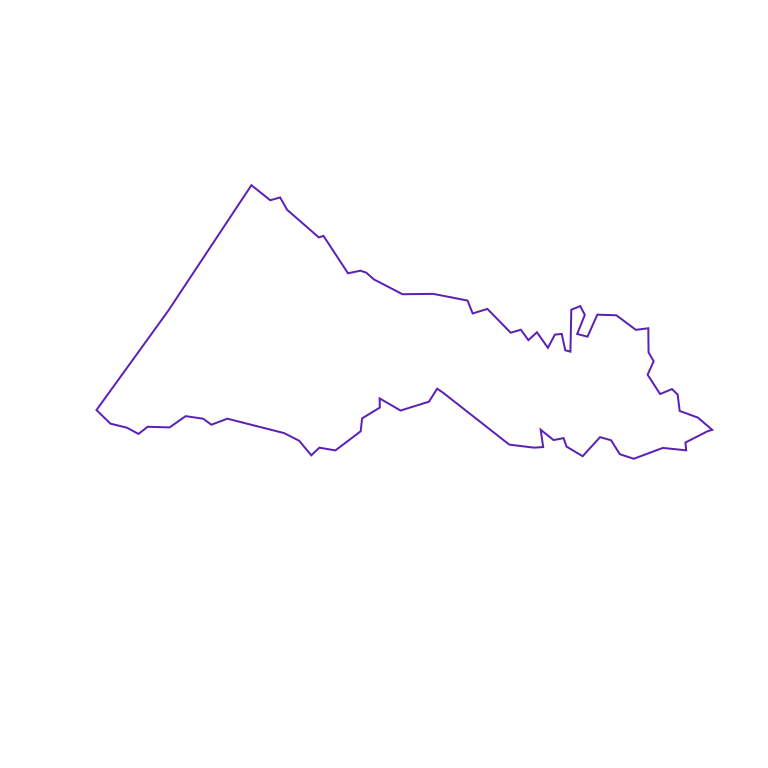 Bryan, Georgia, United States of America, rotated 322°
{"feature_id": "52423323B43145970536326", "entity_name": "Bryan", "entity_type": "district", "adm_level": 2, "iso_a3": "USA", "parent_name": "United States of America", "parent_adm1": "Georgia", "projection": "natural_earth1", "projection_center": [-81.366, 31.984], "detail": "fine", "context": "isolated", "style": "outline", "palette": "violet", "viewbox_px": 768, "rotation_deg": 322, "n_neighbors": 0, "source": "geoboundaries", "source_scale": "gbopen_adm2", "svg_char_len": 1162}
<svg xmlns="http://www.w3.org/2000/svg" viewBox="0 0 768 768"><g transform="rotate(322 384 384)"><path d="M581.3,622.3L585.5,615.7L609.8,620.4L614.4,622.2L610.7,603.8L600.4,587.3L608.9,573.1L607.8,565.3L595.4,561.9L597.4,539.0L610.5,532.1L611.9,522.0L626.6,502.8L615.8,496.4L609.4,472.9L594.8,460.7L573.5,472.0L567.0,463.5L584.8,453.2L586.6,443.4L577.3,440.8L550.8,473.3L547.6,469.0L554.9,454.0L549.1,450.3L535.4,456.4L536.4,437.4L524.8,438.3L525.3,425.5L515.4,421.6L511.7,388.5L497.3,383.0L501.2,369.7L478.3,343.3L453.8,324.6L440.4,295.3L438.6,285.4L435.2,280.2L423.8,274.6L427.5,230.0L422.9,228.4L414.9,187.1L417.0,173.0L407.5,169.2L401.9,145.7L259.2,193.4L141.4,227.5L144.0,246.8L154.5,260.1L159.8,272.2L171.4,272.2L188.3,286.2L207.9,287.2L220.1,300.0L222.9,309.8L239.2,314.9L275.0,361.1L282.2,376.5L282.8,395.4L293.9,394.4L304.8,406.4L336.5,406.9L345.6,397.6L366.2,400.0L371.7,392.7L380.7,415.1L408.6,425.6L423.0,420.4L425.2,427.3L445.4,508.9L462.9,526.4L470.6,531.7L479.3,516.5L483.1,532.6L492.2,537.2L489.3,545.7L496.1,563.2L521.5,558.9L528.3,568.1L526.6,584.5L534.8,596.7L564.3,606.0L581.3,622.3Z" fill="none" stroke="#5b21b6" stroke-width="2"/></g></svg>